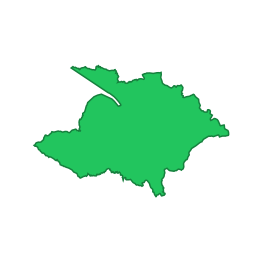 the district of Mampikony, Sofia, Madagascar, rotated 163°
{"feature_id": "10022922B54995100782210", "entity_name": "Mampikony", "entity_type": "district", "adm_level": 2, "iso_a3": "MDG", "parent_name": "Madagascar", "parent_adm1": "Sofia", "projection": "albers", "projection_center": [47.723, -16.182], "detail": "fine", "context": "isolated", "style": "filled", "palette": "green", "viewbox_px": 256, "rotation_deg": 163, "n_neighbors": 0, "source": "geoboundaries", "source_scale": "gbopen_adm2", "svg_char_len": 5814}
<svg xmlns="http://www.w3.org/2000/svg" viewBox="0 0 256 256"><g transform="rotate(163 128 128)"><path d="M222.9,138.9L222.3,137.8L221.0,137.3L220.5,136.7L220.0,135.9L219.8,133.5L218.8,132.7L218.5,131.2L217.8,130.3L217.4,129.1L216.1,128.7L215.7,128.3L214.6,125.5L213.5,125.2L212.7,124.3L212.3,123.1L211.3,123.4L210.2,122.7L208.0,120.3L207.3,119.0L206.2,117.8L205.9,117.8L205.2,118.5L205.1,119.1L204.4,116.2L203.5,115.4L203.5,112.6L202.6,112.0L201.9,111.2L200.9,110.7L200.5,109.9L199.7,109.7L198.7,108.6L196.6,107.2L193.8,104.3L192.8,101.8L190.1,99.4L189.9,96.3L188.9,95.6L188.7,94.6L188.2,94.1L187.7,94.1L184.4,94.7L183.4,94.5L182.4,94.7L181.8,94.0L180.5,94.8L179.7,96.1L178.4,94.2L178.4,93.6L178.2,93.3L177.5,93.6L177.3,93.1L176.8,93.4L176.1,92.7L174.8,92.7L174.5,92.3L172.4,91.5L171.6,91.9L171.6,92.6L171.2,92.8L170.8,92.5L170.0,92.3L169.5,91.8L168.6,92.3L167.8,91.9L166.6,92.9L165.9,92.7L165.6,92.4L164.8,92.7L163.8,92.4L163.5,93.1L162.3,93.1L160.7,94.6L159.1,95.0L158.4,94.9L158.0,94.7L157.7,93.9L157.2,93.7L157.5,92.9L156.9,92.3L156.8,90.4L156.3,90.5L155.8,90.1L155.2,90.6L154.9,90.2L154.8,89.4L154.3,88.9L153.8,89.1L153.6,88.7L152.7,89.2L152.6,89.6L152.4,89.6L152.4,89.0L151.2,89.3L151.4,88.2L150.7,87.7L149.3,88.4L149.2,88.2L148.6,87.1L148.8,86.1L148.5,85.8L148.8,85.1L148.6,85.0L148.1,85.0L147.2,84.1L147.4,82.8L147.9,82.3L147.6,81.6L147.7,81.3L147.4,80.9L147.9,80.2L147.9,79.4L146.8,81.0L145.7,81.5L145.1,81.5L144.7,80.9L145.1,79.6L144.8,79.0L142.1,78.2L140.6,78.1L139.1,74.4L138.2,73.4L137.4,72.8L137.2,71.8L136.4,70.9L135.3,70.8L134.2,69.7L132.2,69.1L131.7,68.2L130.4,68.6L130.3,70.0L130.7,70.7L130.6,71.2L129.8,71.4L128.5,71.2L127.3,72.4L126.4,72.8L125.8,72.7L125.0,72.1L123.7,68.6L123.8,66.8L123.6,64.3L122.4,62.3L122.4,61.4L122.9,59.8L122.8,59.4L122.0,58.9L122.1,57.4L121.8,55.6L121.3,54.2L120.9,54.3L120.2,55.4L118.6,55.3L117.1,56.1L116.4,55.8L115.9,53.5L115.6,53.2L113.0,53.2L111.8,54.1L111.9,54.9L112.6,55.4L113.4,56.7L112.6,56.8L112.5,57.0L112.4,57.9L112.1,59.3L112.1,60.0L111.9,60.0L111.6,59.8L111.3,60.2L111.7,60.8L111.7,62.0L112.2,64.1L111.8,66.3L111.6,67.0L110.8,67.6L110.8,68.7L110.1,69.4L108.7,70.2L107.7,71.2L106.4,73.8L105.9,74.2L105.6,76.9L105.2,77.7L102.5,78.1L101.3,75.9L100.5,75.0L96.6,73.2L95.5,73.4L94.1,73.1L92.4,73.8L91.6,73.9L89.9,72.9L89.3,72.1L88.5,72.5L87.6,72.6L86.9,73.2L86.0,74.5L85.3,77.7L84.4,78.9L81.7,80.7L81.1,80.5L80.5,80.8L79.9,81.6L79.4,82.5L77.3,84.4L77.2,85.9L76.7,87.0L74.4,88.6L73.2,89.8L72.5,90.0L68.2,91.2L63.6,93.0L61.8,93.3L61.4,93.2L60.4,94.2L58.9,95.2L53.3,96.6L51.6,96.0L50.4,95.9L48.8,94.8L44.0,95.0L43.3,94.7L43.1,92.7L40.2,92.7L36.7,91.7L35.9,91.9L34.7,91.6L34.1,91.7L33.7,92.2L33.3,93.7L33.1,94.8L33.2,96.4L35.5,98.7L35.7,99.8L35.2,102.0L35.2,102.8L38.9,103.1L39.1,103.5L39.7,108.5L40.2,109.9L41.6,111.3L42.8,111.9L44.4,111.4L46.6,111.0L46.8,111.9L46.3,113.2L45.2,113.9L43.6,115.6L45.2,117.5L45.3,118.3L44.8,118.8L44.3,120.1L44.6,121.1L45.5,121.9L46.3,122.1L46.8,121.8L47.6,120.2L48.2,120.2L50.4,121.0L50.8,121.5L51.1,122.4L52.5,122.9L52.9,123.3L53.0,124.6L53.8,125.7L53.8,126.2L53.7,126.6L52.3,128.5L52.7,131.7L52.1,134.8L54.4,138.3L55.0,140.5L55.7,141.1L57.5,140.7L58.7,140.7L59.4,140.4L60.3,140.4L62.8,140.8L65.4,140.7L66.3,141.1L66.5,141.4L65.9,142.1L65.8,142.8L66.6,143.5L67.0,144.2L66.7,144.6L66.0,145.0L66.5,145.7L66.0,146.6L66.1,147.5L65.0,148.0L63.7,150.5L63.7,151.0L64.2,152.4L64.4,153.4L64.8,153.6L65.9,153.2L68.4,154.1L70.0,153.0L70.7,153.7L70.8,154.6L71.8,154.9L73.1,154.1L74.5,153.6L75.0,153.7L76.3,154.7L78.2,157.1L80.0,158.1L81.6,160.1L82.0,161.3L81.8,162.8L82.0,166.3L81.7,167.2L80.6,169.3L80.1,171.5L81.7,171.5L82.7,172.0L84.4,172.4L87.9,172.8L91.2,174.3L94.2,175.1L95.2,174.8L96.4,175.1L97.4,174.8L97.7,175.0L98.6,174.7L98.6,173.8L97.8,171.2L98.1,170.3L98.6,170.0L99.3,170.1L100.1,170.8L101.2,171.3L103.1,171.7L105.4,170.8L105.5,171.8L106.1,172.1L106.8,171.9L107.3,172.2L108.6,172.0L109.4,172.1L111.1,171.1L111.9,171.6L112.8,171.2L113.3,172.0L113.8,171.7L114.4,171.6L114.7,171.2L115.4,171.0L117.3,171.6L117.6,171.8L117.6,173.0L118.1,173.6L118.9,173.8L119.6,173.3L120.4,174.3L120.9,174.5L121.7,174.2L122.9,174.6L124.5,174.6L123.5,175.5L123.9,177.3L123.3,178.9L122.0,179.8L122.2,181.3L122.7,182.1L122.3,183.0L122.5,183.8L122.8,184.1L123.5,184.1L122.7,185.0L122.9,185.5L122.7,186.1L123.4,186.6L123.2,187.3L123.3,187.6L124.0,187.6L124.9,187.1L126.3,187.8L129.0,188.1L131.0,189.5L131.6,190.5L133.6,191.5L135.6,193.5L136.6,193.6L136.6,194.7L137.0,194.8L138.6,194.9L138.7,195.1L137.9,195.9L138.0,196.2L138.9,195.8L139.5,196.2L140.4,196.0L140.9,195.4L141.0,194.4L142.6,193.0L144.0,193.9L145.3,194.2L146.1,194.9L147.1,195.4L147.7,196.2L149.2,196.6L150.2,197.9L150.8,198.2L150.7,198.9L151.0,199.1L152.4,198.7L154.6,199.0L156.0,198.8L156.9,198.0L157.4,198.0L157.7,198.7L157.6,199.3L159.3,200.0L160.5,201.4L161.9,201.6L162.7,202.8L164.8,202.0L136.7,167.6L135.3,166.4L132.1,162.0L130.9,159.7L129.1,155.6L128.1,152.6L128.4,151.7L130.5,151.6L131.0,151.9L133.2,157.4L134.8,160.3L143.5,168.1L147.6,168.3L151.4,167.8L159.1,164.1L160.5,162.0L161.4,161.3L163.9,157.3L165.0,155.9L167.0,155.2L167.4,153.9L167.3,153.2L168.1,152.9L168.3,152.0L169.2,151.5L169.5,151.0L170.3,150.4L170.6,150.0L171.0,149.9L171.4,150.4L172.3,149.5L173.2,147.7L173.1,147.0L173.4,146.6L173.8,144.9L173.6,143.9L173.8,142.9L174.0,142.4L174.9,141.4L174.7,139.9L174.0,138.8L175.1,139.4L176.0,139.4L176.2,140.2L177.6,140.5L178.1,142.0L178.4,142.2L180.7,142.2L181.4,142.0L181.7,142.3L182.2,142.2L185.2,140.6L186.6,141.4L187.3,142.4L189.2,143.1L191.7,143.1L193.5,144.6L194.9,144.9L195.6,145.5L200.0,145.7L201.9,146.7L203.0,145.5L205.0,144.8L205.8,144.1L207.2,144.1L207.9,144.4L208.6,145.3L209.5,145.2L210.3,144.1L211.1,143.6L212.3,141.5L215.3,140.1L216.4,140.1L217.8,140.7L219.4,140.7L220.6,140.4L221.8,139.1L222.9,138.9Z" fill="#22c55e" stroke="#15803d" stroke-width="1.5"/></g></svg>